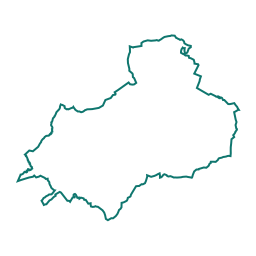 outline of Valea Danului, Arges, Romania, rotated 269°
{"feature_id": "2599482B29743473178057", "entity_name": "Valea Danului", "entity_type": "district", "adm_level": 2, "iso_a3": "ROU", "parent_name": "Romania", "parent_adm1": "Arges", "projection": "natural_earth1", "projection_center": [24.617, 45.19], "detail": "fine", "context": "isolated", "style": "outline", "palette": "teal", "viewbox_px": 256, "rotation_deg": 269, "n_neighbors": 0, "source": "geoboundaries", "source_scale": "gbopen_adm2", "svg_char_len": 5541}
<svg xmlns="http://www.w3.org/2000/svg" viewBox="0 0 256 256"><g transform="rotate(269 128 128)"><path d="M215.1,157.0L214.8,152.6L215.3,149.2L214.2,145.0L212.7,142.9L211.9,142.9L209.8,142.9L209.6,141.6L209.3,139.3L208.9,136.4L208.7,134.8L208.4,134.5L208.8,133.4L209.2,132.3L209.6,131.2L206.0,131.3L203.8,131.3L201.7,130.3L196.8,129.0L192.9,129.1L187.1,130.4L185.2,130.3L182.4,133.4L181.5,133.7L181.1,133.7L180.3,133.7L178.8,133.8L178.2,134.5L177.8,135.0L173.0,137.0L171.5,134.9L171.4,134.4L171.3,133.1L171.7,130.8L173.5,129.4L166.0,118.5L164.0,115.3L162.3,116.2L161.6,115.9L161.2,113.5L158.3,111.3L156.4,105.9L150.9,103.3L148.6,99.2L147.5,92.4L147.4,88.5L147.4,87.5L147.0,86.7L146.7,85.5L146.1,84.8L145.0,83.1L144.6,81.4L145.4,79.7L145.4,78.1L146.0,77.3L146.5,76.5L147.3,75.5L148.2,75.0L149.5,74.0L150.1,73.7L149.2,73.0L149.1,72.2L148.8,71.4L147.7,68.8L148.0,68.2L147.7,67.3L147.8,67.0L148.6,65.7L149.1,65.1L150.0,65.0L150.9,65.0L151.8,63.5L152.2,62.8L152.4,61.7L152.7,61.2L151.6,60.7L150.9,60.5L150.2,60.3L149.8,60.3L149.4,60.3L147.8,59.5L147.4,59.0L145.0,56.7L143.2,56.0L141.8,55.3L141.0,54.9L140.9,54.6L140.4,54.5L139.7,53.9L139.1,53.2L138.5,53.0L136.5,52.5L135.5,52.1L135.0,51.4L134.2,51.6L133.3,51.4L132.4,51.1L131.6,51.4L131.0,51.9L130.0,52.4L129.1,52.4L128.3,51.9L127.7,52.2L126.8,52.0L126.1,52.3L125.6,52.3L125.2,51.5L124.8,51.2L124.5,51.0L124.1,51.0L123.8,51.3L123.4,50.9L123.0,50.5L123.2,50.1L123.3,49.9L122.6,49.3L121.9,48.9L121.7,48.6L121.7,48.1L121.6,46.8L121.6,46.5L121.3,45.7L120.7,45.0L120.6,44.7L119.9,44.1L119.4,43.9L118.9,43.4L118.6,42.8L117.9,42.2L117.6,41.9L117.3,41.7L116.4,41.1L116.0,40.9L115.5,40.9L115.2,40.7L114.9,40.5L114.2,39.8L110.8,37.9L106.4,32.5L107.2,28.9L103.2,24.5L102.8,25.0L102.4,25.5L102.2,25.3L101.9,25.4L101.6,25.4L101.0,26.1L100.4,26.5L98.2,27.3L98.2,27.1L97.7,27.2L97.2,27.3L96.3,28.1L95.8,28.0L95.2,29.0L95.0,28.9L94.4,28.8L94.0,29.3L93.7,29.1L93.4,29.5L93.0,29.5L92.2,30.0L91.6,30.0L90.5,31.3L90.0,31.1L89.8,31.2L89.1,31.5L88.5,30.5L88.2,30.5L87.7,29.6L87.4,28.4L88.1,28.3L88.3,28.1L88.5,28.0L88.4,27.8L88.5,27.3L88.0,27.2L87.5,26.7L87.1,26.3L87.1,26.0L86.8,26.0L86.2,26.3L85.8,26.3L85.4,25.7L85.6,24.8L85.9,24.8L86.0,23.8L84.9,22.9L84.1,22.3L83.8,21.6L83.3,20.7L83.3,19.8L82.7,19.6L76.8,16.9L77.9,20.2L79.4,25.3L80.3,28.5L80.9,32.1L82.1,33.4L80.2,35.3L80.9,38.0L81.8,39.6L80.4,42.3L79.6,43.9L78.5,44.9L78.7,46.8L76.9,46.9L76.1,47.8L75.1,48.4L73.9,48.4L72.4,49.0L71.2,49.7L69.7,50.2L69.1,50.7L67.0,53.1L66.9,53.7L64.4,51.7L63.0,50.4L62.9,47.9L61.9,46.6L61.3,45.1L60.0,43.6L59.5,42.4L57.9,41.4L56.8,40.3L54.1,41.8L52.5,42.5L53.1,44.0L53.2,45.1L54.8,46.4L57.0,48.3L57.9,50.2L60.2,52.4L61.5,54.5L62.8,54.2L65.3,58.6L64.6,59.9L56.3,66.1L56.2,67.9L55.2,68.8L58.2,70.6L58.9,71.1L59.5,71.4L59.8,72.2L59.5,73.0L59.6,73.4L60.1,73.4L60.7,72.8L61.4,72.4L62.1,72.4L62.7,72.9L63.0,73.8L62.2,74.7L61.3,75.1L60.3,75.6L59.7,75.9L59.0,76.2L59.0,76.7L59.1,76.9L59.2,77.2L59.2,77.5L59.3,77.7L58.1,78.1L59.2,79.7L58.4,82.4L56.9,83.0L56.9,84.5L53.0,87.0L53.4,89.3L51.9,89.3L50.2,89.6L49.7,91.3L49.9,93.1L50.4,94.0L50.0,94.9L49.7,96.6L46.2,101.1L43.9,102.7L41.2,103.6L37.5,104.3L36.2,106.3L38.1,109.7L38.0,111.5L40.2,114.3L42.4,116.0L44.6,117.0L46.2,117.6L47.3,119.1L48.8,120.1L53.3,120.3L53.7,122.3L54.8,124.6L55.4,125.6L56.5,126.2L58.2,126.6L59.1,128.6L59.6,129.3L61.3,129.8L69.3,134.8L69.6,135.0L69.8,136.2L69.8,138.1L71.5,140.5L71.6,140.8L71.4,141.6L71.5,142.0L72.5,144.0L74.7,145.0L76.6,145.6L79.1,146.4L80.4,146.3L80.1,147.1L79.1,149.5L78.8,150.3L79.6,153.4L80.3,155.2L81.3,157.0L82.1,158.8L80.0,159.1L77.8,159.1L78.1,160.2L78.5,160.5L78.8,161.2L79.5,161.7L80.4,162.4L80.7,162.7L81.1,163.6L80.2,165.8L79.7,166.1L79.3,166.4L79.1,166.9L78.8,167.5L78.9,168.1L79.1,169.6L78.6,170.9L78.2,171.8L77.7,172.9L77.7,174.7L77.6,176.2L77.7,178.4L77.8,180.2L78.2,181.9L78.4,185.4L77.9,187.5L77.5,189.8L77.2,190.6L77.3,191.1L78.2,191.5L79.4,191.8L80.7,192.3L82.4,193.0L83.4,193.4L85.3,195.7L85.3,197.9L85.8,198.1L87.2,203.1L86.9,205.6L87.5,206.4L88.2,207.2L88.4,207.6L88.8,207.9L89.4,208.3L90.3,208.6L90.8,208.9L91.1,209.4L91.4,210.0L92.0,210.0L92.8,210.2L92.8,212.1L92.8,213.3L92.6,214.5L92.6,215.1L93.4,216.0L94.1,216.9L94.5,217.3L95.9,218.1L96.2,218.6L96.7,221.2L97.4,222.8L97.5,224.1L97.8,225.8L98.2,226.8L98.4,228.2L98.1,230.0L100.9,230.3L103.9,230.3L107.0,230.4L110.8,230.9L115.0,231.3L117.1,234.0L119.0,233.1L120.2,234.2L121.7,235.2L122.2,235.2L124.3,236.8L125.0,236.9L125.5,236.3L129.1,235.6L130.8,236.2L132.1,236.6L134.6,235.8L142.0,234.4L142.6,235.7L143.4,237.1L144.2,238.3L144.2,239.1L145.8,238.1L147.2,237.5L149.0,236.0L151.0,234.7L150.4,231.9L150.1,230.1L150.2,228.6L154.3,224.8L154.3,223.5L156.3,222.6L156.8,221.9L156.9,220.9L156.2,220.6L156.2,219.8L157.0,218.7L157.7,219.4L158.1,218.6L157.7,216.8L158.4,215.9L160.8,211.3L159.8,209.2L166.8,197.6L173.6,200.4L175.4,200.7L178.4,201.8L181.2,195.2L189.6,199.6L190.5,199.2L191.2,195.6L192.5,195.6L195.1,194.9L196.7,191.9L197.1,190.3L198.0,190.1L199.0,190.0L199.3,188.9L199.5,188.1L199.4,187.1L199.5,186.7L201.0,184.9L201.1,184.2L202.3,182.3L204.0,182.4L205.8,182.9L207.4,184.1L206.9,184.5L206.9,186.1L204.7,185.8L202.2,186.1L201.7,186.3L201.7,187.3L202.2,188.3L202.9,188.8L206.3,190.1L207.7,192.2L209.0,192.2L209.6,189.6L210.5,187.7L211.7,185.9L213.6,185.5L215.0,184.2L215.7,182.8L215.2,181.6L216.0,180.4L216.4,179.4L216.9,178.7L217.2,177.8L219.5,176.3L219.7,174.0L219.8,173.0L219.3,172.0L219.1,169.8L218.4,166.1L217.6,164.7L215.8,162.1L215.3,161.0L214.8,160.4L214.8,159.8L215.1,159.0L215.4,158.3L215.1,157.0Z" fill="none" stroke="#0f766e" stroke-width="2"/></g></svg>